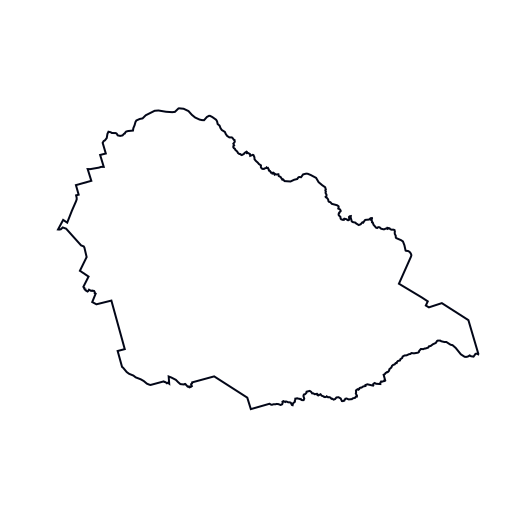 the district of Etheridge, Queensland, Australia, rotated 159°
{"feature_id": "25037944B75577230273205", "entity_name": "Etheridge", "entity_type": "district", "adm_level": 2, "iso_a3": "AUS", "parent_name": "Australia", "parent_adm1": "Queensland", "projection": "natural_earth1", "projection_center": [143.382, -18.563], "detail": "fine", "context": "isolated", "style": "outline", "palette": "ink", "viewbox_px": 512, "rotation_deg": 159, "n_neighbors": 0, "source": "geoboundaries", "source_scale": "gbopen_adm2", "svg_char_len": 6081}
<svg xmlns="http://www.w3.org/2000/svg" viewBox="0 0 512 512"><g transform="rotate(159 256 256)"><path d="M83.5,85.0L80.7,120.0L99.4,145.4L113.0,146.1L115.2,148.9L111.9,152.1L116.0,157.8L132.5,178.9L111.7,199.7L110.8,200.8L110.6,201.5L110.6,203.0L111.2,204.9L112.3,206.2L114.1,207.1L114.4,207.5L113.6,212.9L113.6,216.9L114.9,218.8L118.7,222.5L118.8,223.5L118.3,224.8L118.5,226.9L118.1,228.2L117.6,229.0L117.4,230.6L118.2,231.3L120.2,232.1L121.1,233.0L121.4,234.0L122.8,234.9L122.9,234.2L123.5,234.2L123.5,235.1L127.0,235.0L129.4,236.6L130.3,238.4L131.0,238.9L131.7,239.1L132.8,238.7L133.7,239.3L135.1,243.1L135.0,245.2L135.6,245.8L135.2,246.5L135.2,247.2L135.6,248.1L134.3,249.3L134.2,249.9L135.5,250.2L137.4,249.5L140.9,250.5L141.5,250.4L144.0,248.7L144.6,249.3L147.0,248.1L149.0,248.1L151.0,250.7L151.2,251.5L153.5,253.0L154.2,254.0L153.8,258.1L153.2,259.3L154.3,259.5L155.2,259.1L155.7,257.2L156.4,256.3L157.0,256.3L157.7,256.7L158.2,257.8L160.2,259.2L160.7,259.0L161.0,258.3L161.8,258.5L163.3,259.7L163.6,260.6L163.2,262.3L164.1,264.3L164.1,264.9L163.5,266.0L163.0,266.1L162.8,266.7L160.9,267.5L160.7,268.1L160.9,269.4L162.2,270.8L161.2,272.2L161.2,273.0L162.2,274.4L166.5,277.5L167.3,279.6L168.4,280.4L168.7,281.1L168.4,283.0L168.9,284.7L169.8,285.9L169.8,286.3L168.9,286.5L168.5,287.2L168.2,288.2L168.5,289.4L168.3,290.4L167.7,291.0L167.8,292.3L167.5,292.8L167.0,293.0L166.8,295.4L168.9,298.5L171.1,302.5L171.9,307.4L175.8,311.9L178.2,314.2L179.6,314.9L182.8,315.3L185.7,313.4L187.4,314.3L188.5,314.1L189.9,313.1L193.0,313.5L197.1,313.2L202.5,315.7L203.2,317.8L203.5,318.1L204.1,317.9L204.7,320.9L206.1,322.5L205.8,324.3L208.1,324.9L208.8,325.8L209.5,325.4L209.8,326.4L209.7,327.3L210.0,327.6L211.2,327.2L211.3,328.0L212.2,328.5L212.1,329.1L212.5,329.8L212.5,330.4L213.2,330.9L213.3,331.4L213.0,332.3L213.4,333.3L213.3,334.0L214.1,334.2L214.4,334.9L215.0,334.5L216.9,334.7L217.4,334.4L218.9,335.1L219.6,336.7L219.6,337.3L218.9,338.8L220.3,340.8L220.9,342.6L222.0,344.7L222.7,346.8L222.1,348.8L222.2,351.1L222.7,351.6L225.5,351.6L225.1,353.3L226.5,355.0L227.6,355.3L227.2,356.5L227.4,356.8L229.7,356.3L230.8,355.6L233.1,355.3L233.6,355.7L234.0,356.7L235.0,357.2L235.9,358.6L236.1,360.2L237.3,362.6L237.3,363.7L238.0,364.6L238.2,365.8L237.7,366.8L236.8,367.0L236.9,369.0L235.3,369.9L234.8,370.5L234.5,372.0L235.0,372.3L235.6,374.5L236.1,375.4L238.4,376.3L239.9,378.4L240.5,380.7L240.6,383.0L242.8,385.9L243.3,388.1L243.3,390.8L244.5,392.9L244.1,395.6L244.4,397.5L247.0,401.4L248.7,403.3L249.6,403.7L252.0,403.4L255.8,401.4L257.7,402.2L259.8,403.6L263.2,407.1L265.3,410.8L267.1,415.5L270.8,419.4L275.0,421.5L275.6,421.5L280.1,419.6L282.7,420.3L288.3,422.9L294.9,426.8L298.6,427.9L308.5,426.9L312.6,425.1L315.4,425.6L319.1,425.4L320.5,424.3L322.5,421.6L324.7,419.3L325.9,417.2L330.6,418.5L332.6,418.7L333.9,418.1L334.5,417.4L335.4,417.4L337.4,416.4L339.8,416.8L341.9,418.2L342.2,420.1L342.9,421.0L346.5,422.5L347.3,423.6L349.2,424.9L350.9,423.3L353.1,419.6L355.6,418.1L357.0,417.9L358.6,416.6L359.5,405.5L365.3,406.2L366.2,393.8L368.6,394.7L371.0,394.8L379.6,396.5L382.0,397.5L382.8,385.2L398.7,386.7L399.6,376.8L402.2,377.1L402.5,374.9L403.0,373.3L404.4,371.6L411.7,364.2L420.3,354.8L423.1,358.8L431.3,351.7L430.3,351.2L428.6,350.9L426.2,351.9L423.5,349.6L415.5,328.6L413.4,326.7L413.2,325.3L414.5,315.7L425.7,305.3L419.7,296.8L428.2,289.1L428.1,288.2L427.7,287.8L428.0,287.1L427.9,286.3L427.2,285.9L427.4,285.0L426.0,283.2L425.3,283.4L424.0,284.4L422.4,282.5L421.4,282.5L421.1,282.0L420.5,281.9L419.7,281.4L419.5,279.9L419.9,279.1L419.2,278.3L425.4,271.7L422.3,268.1L407.0,266.2L411.9,216.1L419.2,216.9L420.8,200.5L420.1,199.3L418.3,194.0L416.7,191.5L413.3,188.3L411.8,185.8L407.8,182.2L405.6,179.5L403.6,175.9L401.7,174.1L400.7,173.4L387.1,172.0L386.7,171.2L386.2,171.1L385.6,170.5L384.8,169.1L383.7,169.3L382.8,167.9L380.7,174.8L378.5,172.8L375.2,169.1L373.9,166.1L372.5,163.5L369.4,161.9L368.7,162.1L368.2,161.6L367.8,161.7L366.6,158.5L366.0,158.3L365.2,157.2L364.6,157.2L364.6,157.8L363.6,157.2L362.5,157.5L362.7,159.2L362.4,159.7L361.3,160.0L360.9,160.9L338.2,158.6L314.9,126.9L315.7,114.9L296.3,113.2L295.4,112.0L294.5,111.4L292.8,111.3L290.9,110.6L289.8,110.5L288.2,109.7L286.4,108.1L284.7,108.2L283.7,109.4L283.5,110.5L282.4,110.7L281.0,109.2L280.3,109.5L279.6,109.1L278.4,107.9L276.8,107.2L276.1,106.5L275.9,104.1L275.3,103.6L274.2,105.2L271.9,106.0L271.5,107.2L270.3,108.3L270.3,108.7L268.5,108.4L267.8,107.7L267.0,107.4L265.7,106.2L265.4,106.3L265.1,105.3L264.6,104.9L263.2,104.4L262.1,105.5L261.9,108.3L261.0,109.5L259.7,109.4L258.0,110.2L257.4,111.2L254.2,110.8L253.2,109.4L252.8,107.6L251.8,107.3L250.7,105.9L248.4,105.5L248.0,104.6L248.4,104.1L247.9,103.5L245.3,103.8L244.8,102.1L243.0,100.5L242.9,100.0L242.1,99.5L240.7,99.3L240.3,99.6L239.3,98.2L238.4,98.1L237.3,97.2L236.7,95.6L236.0,95.5L235.0,94.1L233.4,94.1L231.6,95.1L229.6,94.6L228.0,92.6L227.8,89.8L227.0,89.4L225.4,89.3L224.8,90.1L224.2,90.2L223.7,90.7L222.5,90.5L220.9,88.9L217.8,88.0L216.8,88.4L214.2,88.1L213.3,88.9L212.2,88.6L211.8,89.4L212.1,91.9L211.3,93.0L211.0,94.4L210.2,95.0L208.7,95.2L208.4,94.5L207.4,94.7L206.6,95.6L205.3,95.6L204.7,95.3L202.7,95.8L200.4,95.4L200.1,96.3L198.0,96.3L193.1,93.0L192.8,93.2L192.6,94.2L192.2,94.6L190.7,94.9L189.7,93.7L185.8,91.9L185.3,93.2L184.1,94.0L183.6,93.5L181.3,93.4L181.0,93.7L180.6,93.2L180.0,93.4L179.4,99.4L178.2,99.5L176.8,100.4L175.3,100.4L175.1,100.7L174.2,100.5L172.8,101.3L172.1,102.5L169.6,103.4L168.4,104.7L166.9,105.2L165.4,105.1L164.0,106.0L163.1,105.6L162.2,106.6L161.1,107.1L159.0,106.9L158.2,107.9L156.1,108.4L155.1,109.6L153.0,109.9L151.0,109.3L148.4,109.5L146.9,109.2L145.7,109.7L143.4,108.5L139.4,107.7L138.3,108.0L137.8,108.8L135.4,110.1L133.2,109.1L131.7,109.2L131.0,108.9L128.0,108.8L126.9,109.7L125.2,109.4L122.5,110.2L119.3,110.4L117.4,111.8L116.7,111.9L114.3,111.0L113.6,110.0L110.8,108.1L109.1,107.5L106.5,103.9L105.6,103.0L104.5,102.4L102.5,98.6L100.0,90.8L97.4,87.2L96.1,86.5L94.3,86.2L92.1,86.6L91.9,86.0L91.1,85.3L89.0,84.1L86.1,86.0L84.9,85.7L83.8,84.6L83.5,85.0Z" fill="none" stroke="#020617" stroke-width="2"/></g></svg>